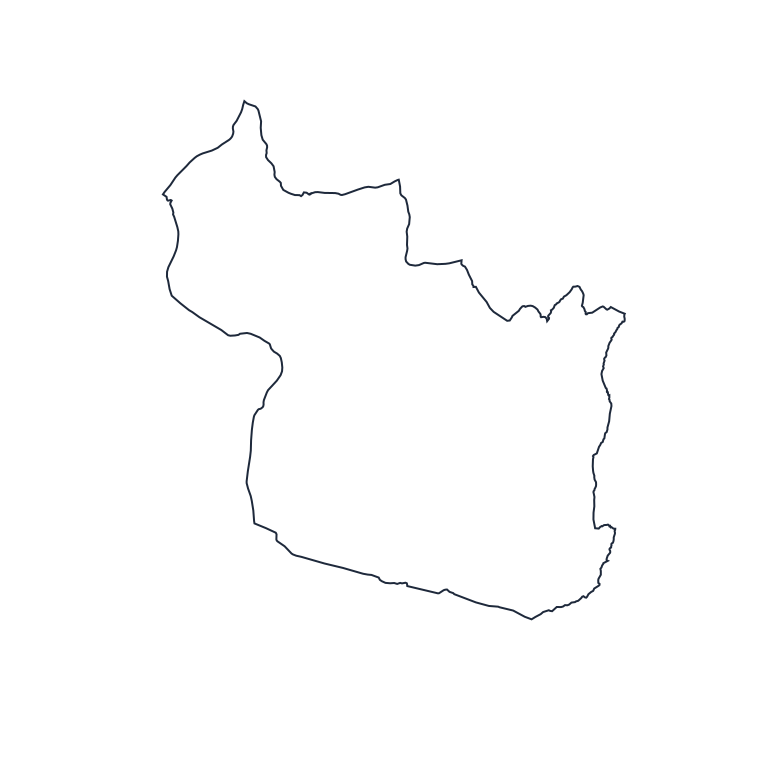 Gayo Lues, Aceh, Indonesia (Equal Earth projection), rotated 26°
{"feature_id": "22746128B71384327775718", "entity_name": "Gayo Lues", "entity_type": "district", "adm_level": 2, "iso_a3": "IDN", "parent_name": "Indonesia", "parent_adm1": "Aceh", "projection": "equal_earth", "projection_center": [97.458, 3.981], "detail": "fine", "context": "isolated", "style": "outline", "palette": "slate", "viewbox_px": 768, "rotation_deg": 26, "n_neighbors": 0, "source": "geoboundaries", "source_scale": "gbopen_adm2", "svg_char_len": 6153}
<svg xmlns="http://www.w3.org/2000/svg" viewBox="0 0 768 768"><g transform="rotate(26 384 384)"><path d="M304.0,533.3L307.6,537.5L313.3,543.1L316.4,547.0L322.0,555.0L327.3,564.1L328.7,566.1L341.1,565.3L351.9,565.1L353.3,566.2L355.4,570.9L356.1,571.6L357.1,572.1L365.8,573.4L375.2,576.9L376.9,577.1L380.4,576.8L385.4,575.6L409.3,571.4L427.8,567.3L448.4,563.7L453.0,562.4L456.4,561.1L464.1,560.3L466.1,561.8L468.4,562.2L472.5,562.1L476.9,560.4L480.4,558.4L483.5,557.9L485.7,555.7L487.6,555.3L490.4,553.2L491.8,553.1L492.4,553.7L493.5,555.4L524.3,548.5L525.2,547.9L528.0,543.2L529.1,542.1L530.7,541.1L534.0,542.1L537.9,541.6L539.3,542.1L562.4,540.0L575.6,537.5L584.2,534.1L585.8,534.0L599.4,531.0L612.6,531.5L619.8,530.8L622.2,527.0L625.7,522.2L627.0,519.2L631.3,515.1L632.8,515.1L634.7,514.5L637.0,508.7L640.9,506.9L642.5,505.5L643.6,503.4L645.8,502.5L647.1,501.1L648.3,498.3L651.3,496.3L651.9,495.2L653.6,493.7L655.1,490.0L655.4,488.3L656.3,487.3L658.2,487.7L659.4,487.4L659.8,486.2L659.9,483.3L661.3,480.2L662.7,478.2L662.6,475.7L665.4,471.2L665.8,470.1L665.3,469.1L663.8,468.8L662.5,466.3L662.2,465.0L662.5,460.4L660.8,456.9L659.5,455.3L659.9,453.6L659.6,451.5L659.9,449.6L659.7,448.9L662.7,444.8L661.5,444.8L661.1,444.5L660.7,443.3L660.3,440.2L661.2,436.6L661.0,435.8L660.3,434.7L659.3,434.1L659.0,433.4L659.1,432.5L659.8,431.4L659.3,430.3L659.3,429.5L658.5,428.2L658.6,427.4L659.3,426.4L659.2,425.1L658.7,423.2L657.7,421.1L657.2,417.5L656.9,416.6L655.7,415.0L655.7,413.7L655.3,412.7L653.7,413.4L651.1,412.9L650.7,413.5L649.9,413.1L649.5,412.5L649.0,413.1L647.9,412.3L646.9,412.2L646.2,412.9L643.7,414.3L642.5,416.3L641.9,416.3L640.9,417.9L640.4,419.8L637.0,421.1L631.6,413.9L628.7,407.7L626.7,401.8L623.8,396.2L622.7,393.3L619.6,389.3L619.4,388.3L619.7,387.4L619.3,386.0L619.4,384.7L619.3,382.8L618.6,381.1L617.6,379.3L615.2,377.6L613.7,375.4L613.4,374.4L611.2,372.1L610.0,370.4L607.7,366.5L604.8,360.0L604.3,357.8L603.4,357.2L603.6,355.9L605.7,353.1L604.8,346.2L605.1,344.0L605.0,341.8L606.0,340.2L605.5,337.5L605.9,336.3L604.5,331.9L604.5,330.9L605.2,329.7L604.8,327.0L603.9,325.1L602.7,318.8L600.0,311.7L598.1,304.1L596.8,301.9L594.5,300.7L593.5,299.2L592.8,298.9L592.5,297.4L591.5,295.4L591.1,295.9L590.4,295.6L588.8,293.3L588.1,293.6L587.7,293.3L587.6,292.5L586.0,290.5L585.1,290.4L579.1,285.1L575.1,279.8L574.3,276.7L574.5,273.4L573.2,272.2L573.0,270.1L572.5,269.6L572.3,268.8L572.0,266.3L571.4,265.8L570.8,264.7L571.0,263.3L571.4,262.8L571.4,260.9L569.9,258.3L569.9,254.0L569.7,253.0L569.0,251.6L568.7,248.0L569.2,245.0L569.1,244.2L568.4,243.6L568.1,242.6L568.8,241.5L568.8,240.6L569.2,238.7L568.7,237.8L569.3,235.9L569.3,233.6L569.6,232.6L569.3,231.3L570.0,229.9L569.7,228.4L569.8,227.4L570.9,225.4L571.0,223.4L572.0,223.1L572.6,222.3L572.3,221.0L571.5,219.5L570.4,218.2L569.6,216.2L569.6,215.3L563.6,215.8L554.1,215.4L553.5,217.3L552.1,219.3L551.3,219.4L547.5,218.3L546.6,218.4L544.8,220.4L539.9,228.6L536.3,230.9L535.7,232.5L534.9,232.8L534.4,232.5L533.7,230.8L532.5,230.3L531.4,228.9L529.5,227.5L528.2,227.4L527.6,227.0L527.0,223.9L524.5,216.6L523.4,215.4L521.4,213.8L519.4,212.8L517.1,211.0L515.0,211.1L513.3,212.6L511.5,213.5L511.2,214.5L511.2,216.6L510.6,220.1L509.0,224.3L507.4,226.6L507.3,228.9L506.0,230.2L505.7,231.8L505.7,233.1L505.3,234.1L503.9,235.9L503.9,236.8L502.9,238.3L503.2,241.1L502.5,243.5L501.7,244.6L502.5,245.7L502.7,247.2L501.7,250.6L502.1,251.8L503.4,252.3L503.7,253.1L503.1,256.0L501.6,254.0L499.7,253.2L498.1,253.6L495.9,255.1L495.3,254.8L494.4,253.1L493.7,252.4L491.0,251.1L489.3,249.8L486.2,249.0L483.5,248.8L481.5,249.3L479.2,250.7L477.2,252.7L476.2,252.4L474.9,253.0L474.2,253.9L473.3,256.9L473.1,259.1L469.6,266.5L469.7,268.0L469.2,271.8L467.0,273.2L450.9,271.1L445.8,269.2L440.3,265.3L429.2,260.2L424.0,256.4L421.9,257.6L421.3,256.6L419.7,255.8L418.1,252.9L412.3,248.5L408.6,245.1L405.3,243.0L403.3,243.1L401.3,242.5L400.7,241.9L399.5,238.8L389.8,246.9L386.5,249.1L379.3,253.0L367.8,257.0L366.7,257.8L363.3,261.8L360.2,263.9L355.0,265.5L353.3,265.4L350.2,264.2L348.7,262.4L347.8,260.6L346.4,254.1L345.7,251.9L343.7,248.9L340.3,241.3L337.6,237.2L336.7,234.2L336.5,229.3L334.0,222.7L332.4,220.5L330.3,218.5L326.9,213.4L322.9,208.6L321.2,207.7L316.9,206.8L315.1,205.5L311.9,199.5L307.7,193.9L306.8,194.7L304.8,197.2L302.0,201.5L297.4,204.6L292.1,210.0L290.0,211.4L283.5,213.6L280.4,215.8L275.3,220.7L265.8,230.5L263.3,232.6L262.0,233.0L259.7,232.9L256.4,233.8L246.8,238.3L240.4,240.5L238.0,241.8L235.4,244.3L234.7,245.5L234.5,245.0L233.3,246.5L230.6,246.0L228.0,246.9L227.9,249.8L227.1,251.5L225.2,251.3L221.2,253.2L217.1,253.8L214.4,254.0L208.4,253.7L204.5,251.0L203.1,248.5L201.7,247.9L197.6,247.0L195.1,245.7L193.8,244.0L192.8,241.4L189.3,236.7L186.0,235.0L181.6,233.6L178.6,231.8L177.6,229.9L177.3,227.9L175.9,225.5L175.2,222.5L174.4,221.0L173.2,220.0L167.9,217.6L164.7,214.1L160.9,207.8L158.4,201.8L151.3,193.3L150.1,192.3L146.8,190.9L139.8,191.8L137.6,191.8L134.5,191.0L135.1,195.0L136.0,198.9L136.4,202.4L136.2,212.0L135.2,217.1L135.4,219.0L136.2,220.7L138.0,223.1L138.7,225.2L139.0,228.2L138.6,230.3L137.9,232.2L133.3,239.8L131.0,244.6L126.9,249.7L120.0,256.2L118.0,258.5L115.9,261.4L114.7,263.8L112.2,270.1L111.0,274.5L106.8,286.8L106.0,289.9L104.8,298.9L102.6,307.7L102.2,310.5L106.5,311.1L108.1,313.4L109.0,313.9L109.5,313.9L111.7,312.1L112.7,312.2L112.6,314.9L113.1,316.2L116.9,319.2L119.5,322.2L120.1,324.1L122.0,325.6L129.5,333.6L132.2,337.0L133.6,339.6L136.0,345.6L137.9,351.7L138.5,355.0L139.0,361.5L139.0,373.5L139.8,378.2L141.9,382.7L144.8,386.0L149.7,392.7L154.5,397.7L165.5,400.7L176.4,403.1L180.2,403.4L188.9,404.9L214.1,406.8L222.5,408.5L224.7,408.0L228.8,405.7L231.7,403.6L232.5,402.0L238.5,398.2L242.2,397.3L251.9,396.7L257.6,397.6L263.1,398.0L264.0,398.4L266.8,401.4L267.9,402.0L270.9,403.2L274.6,403.5L278.0,404.4L279.9,405.9L282.6,409.3L285.4,413.8L286.8,417.3L287.2,421.4L286.2,428.0L282.5,440.3L282.4,442.9L283.1,451.1L283.7,453.2L284.8,455.3L285.2,456.9L285.1,458.1L284.0,460.3L282.4,461.6L282.0,462.6L281.2,468.9L281.4,470.4L283.0,476.2L285.3,483.0L289.2,492.8L293.5,502.3L295.6,508.2L299.9,522.2L303.2,531.7L304.0,533.3Z" fill="none" stroke="#1e293b" stroke-width="2"/></g></svg>